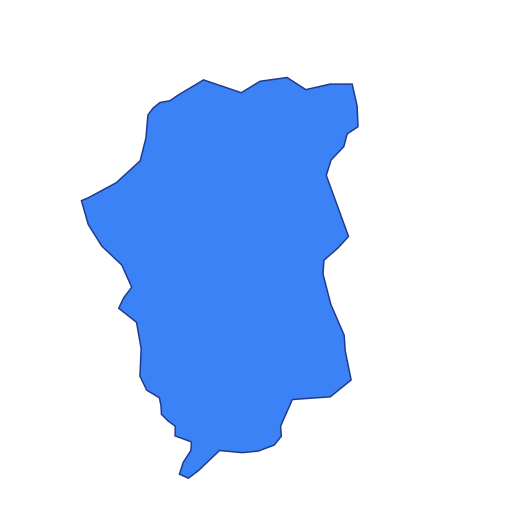 Gabrovo, orthographic projection, rotated 69°
{"feature_id": "BGR-2246", "entity_name": "Gabrovo", "entity_type": "Province", "adm_level": 1, "iso_a3": "BGR", "parent_name": "Bulgaria", "parent_adm1": "", "projection": "orthographic", "projection_center": [25.265, 42.966], "detail": "fine", "context": "isolated", "style": "filled", "palette": "blue", "viewbox_px": 512, "rotation_deg": 69, "n_neighbors": 0, "source": "natural_earth", "source_scale": "10m", "svg_char_len": 906}
<svg xmlns="http://www.w3.org/2000/svg" viewBox="0 0 512 512"><g transform="rotate(69 256 256)"><path d="M141.7,399.1L141.6,392.3L137.5,360.2L125.6,330.0L106.6,316.6L85.7,306.4L81.1,299.2L78.3,290.7L80.2,280.7L77.9,271.2L72.8,241.9L98.3,211.2L94.3,189.7L100.5,163.0L118.5,149.9L122.1,125.0L130.0,104.6L152.4,107.9L171.8,114.4L174.7,127.1L185.3,134.8L193.3,151.5L205.9,161.5L270.9,162.6L277.9,176.6L284.3,194.1L296.8,199.9L328.0,203.5L361.6,202.1L376.5,206.7L405.8,211.6L414.1,237.1L403.0,273.5L423.8,294.1L433.3,296.9L439.0,306.6L438.9,323.8L434.7,339.2L424.5,359.8L435.7,386.6L439.2,398.8L432.2,405.7L422.5,397.8L414.3,386.5L406.4,382.9L395.0,396.0L385.9,392.4L378.6,397.1L369.9,401.0L361.9,398.4L353.8,397.0L342.1,406.1L326.5,407.4L301.3,396.4L275.1,391.3L255.6,402.9L247.6,394.5L240.6,383.2L216.4,384.5L191.5,396.4L166.5,401.3L141.7,399.1Z" fill="#3b82f6" stroke="#1e3a8a" stroke-width="1.5"/></g></svg>